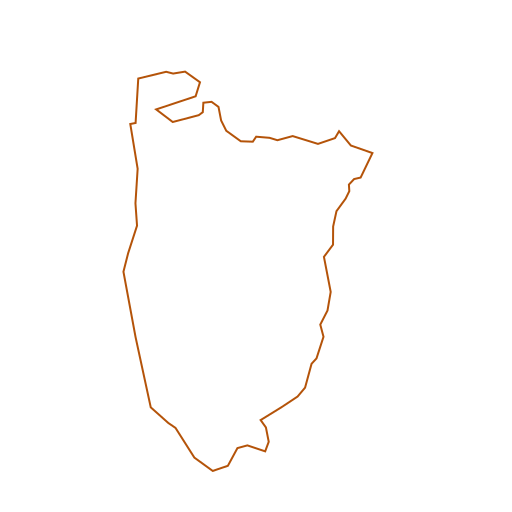 Abalak, Tahoua, Niger (Mercator projection), rotated 167°
{"feature_id": "23599985B73397103622086", "entity_name": "Abalak", "entity_type": "district", "adm_level": 2, "iso_a3": "NER", "parent_name": "Niger", "parent_adm1": "Tahoua", "projection": "mercator", "projection_center": [6.168, 15.504], "detail": "fine", "context": "isolated", "style": "outline", "palette": "amber", "viewbox_px": 512, "rotation_deg": 167, "n_neighbors": 0, "source": "geoboundaries", "source_scale": "gbopen_adm2", "svg_char_len": 948}
<svg xmlns="http://www.w3.org/2000/svg" viewBox="0 0 512 512"><g transform="rotate(167 256 256)"><path d="M147.0,358.9L152.5,353.1L170.4,351.3L193.3,364.6L209.1,364.0L216.2,368.1L229.0,372.2L233.4,368.1L245.0,371.2L256.8,384.7L259.5,395.9L259.0,409.7L264.6,416.2L272.8,417.2L275.5,408.1L280.1,406.1L307.0,405.3L320.3,421.3L278.9,425.2L271.5,437.9L283.6,451.6L295.7,452.4L302.1,455.7L330.8,455.4L343.4,412.7L348.8,412.9L351.7,367.6L361.6,334.5L365.1,312.3L380.0,287.4L388.7,270.5L391.6,204.1L392.6,132.2L379.0,113.0L373.1,106.6L361.4,73.4L346.5,56.3L340.8,56.9L330.6,57.9L317.3,73.0L307.0,73.4L291.0,63.6L285.4,72.1L284.9,86.7L288.4,95.1L265.0,103.0L247.1,109.7L237.8,116.7L226.1,138.5L220.1,142.6L208.4,162.1L208.8,174.7L198.6,186.8L191.3,204.2L190.0,239.9L178.4,249.7L174.2,267.4L167.5,281.6L155.8,291.7L150.5,298.2L149.4,304.7L143.1,308.9L136.4,308.9L119.4,330.1L138.7,342.3L147.0,358.9Z" fill="none" stroke="#b45309" stroke-width="2"/></g></svg>